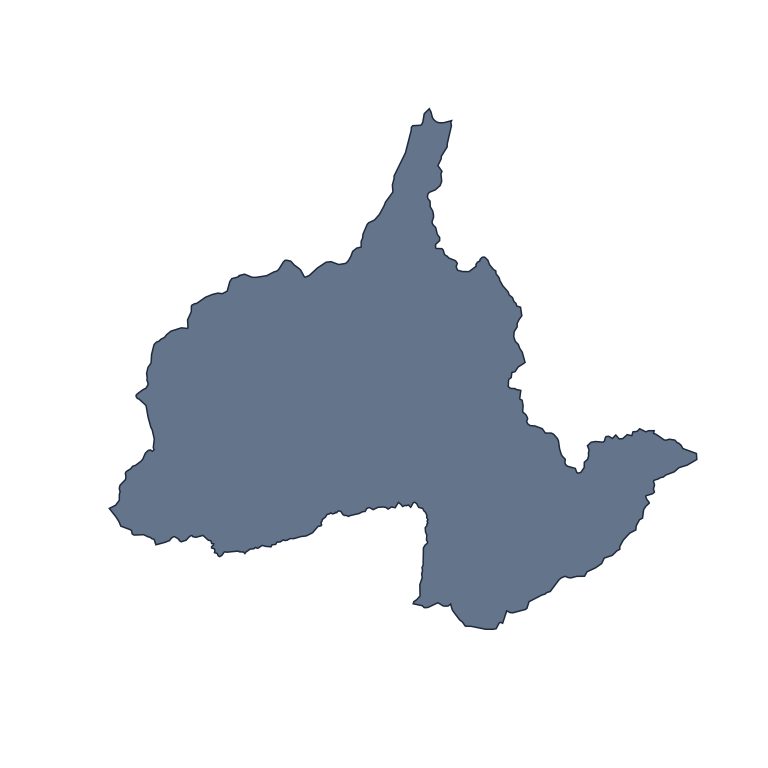 the district of Andes, Antioquia, Colombia, rotated 79°
{"feature_id": "7082276B30380127815857", "entity_name": "Andes", "entity_type": "district", "adm_level": 2, "iso_a3": "COL", "parent_name": "Colombia", "parent_adm1": "Antioquia", "projection": "mercator", "projection_center": [-75.916, 5.629], "detail": "fine", "context": "isolated", "style": "filled", "palette": "slate", "viewbox_px": 768, "rotation_deg": 79, "n_neighbors": 0, "source": "geoboundaries", "source_scale": "gbopen_adm2", "svg_char_len": 6167}
<svg xmlns="http://www.w3.org/2000/svg" viewBox="0 0 768 768"><g transform="rotate(79 384 384)"><path d="M517.8,91.3L511.8,90.6L504.4,102.9L500.8,104.1L498.4,105.9L497.6,107.3L494.5,109.3L492.6,114.6L493.0,117.6L492.4,119.6L485.5,126.3L483.9,128.8L481.4,127.7L480.3,133.1L480.9,136.1L476.7,141.6L478.8,144.5L478.5,148.8L482.0,150.6L480.1,154.9L483.2,160.1L482.7,163.7L478.3,166.2L481.0,170.2L478.2,173.4L478.0,176.0L478.8,176.9L482.1,178.5L482.9,180.1L480.8,187.4L480.7,191.8L483.4,196.1L488.0,195.3L491.1,196.6L493.8,196.9L496.9,198.7L499.0,202.3L504.1,203.4L508.3,207.6L508.6,210.6L507.5,211.7L503.4,212.3L499.7,219.6L497.6,221.2L495.6,221.4L492.5,220.4L488.8,222.8L486.5,223.5L481.1,224.0L473.0,223.6L470.4,224.3L465.8,227.0L464.2,228.9L462.9,235.0L458.0,237.2L454.0,243.8L452.7,248.5L450.4,250.6L447.8,251.1L445.8,249.7L444.2,249.7L441.2,250.6L437.8,253.2L432.0,251.6L426.3,251.5L424.8,253.4L424.0,253.5L416.4,250.9L414.7,255.1L413.5,256.3L412.4,260.7L410.2,262.5L404.3,261.1L403.1,260.3L402.0,257.9L397.1,256.3L396.9,252.9L393.0,249.2L389.8,241.4L379.2,242.2L375.2,243.9L370.8,244.6L367.2,247.0L362.3,247.6L357.4,246.2L353.4,242.4L349.9,241.7L346.5,239.1L343.3,235.7L334.7,235.3L332.8,238.8L330.0,239.1L327.9,240.7L323.7,241.4L320.5,244.1L317.3,244.6L310.2,248.7L304.6,250.5L301.8,250.7L297.1,253.0L294.2,252.7L292.7,254.5L289.0,256.6L286.8,257.7L282.4,258.4L279.2,260.5L278.4,261.7L278.4,263.5L279.9,265.8L281.5,266.5L282.3,269.1L284.2,270.9L286.0,271.1L289.9,279.1L288.6,285.5L286.3,290.1L282.6,290.8L279.6,289.0L277.6,289.8L276.4,290.6L272.8,296.2L270.4,297.8L269.3,299.3L267.7,300.0L263.9,300.3L262.2,301.3L261.0,306.5L260.2,307.4L256.8,306.7L253.9,302.0L250.8,301.4L247.4,303.1L240.3,303.4L237.2,305.4L235.3,306.0L233.5,305.7L229.7,303.5L227.0,303.1L223.4,303.2L218.8,304.8L213.3,303.9L210.3,305.6L208.3,305.6L205.9,304.6L204.5,303.0L203.2,296.5L199.9,291.0L196.1,288.7L188.4,288.0L186.4,286.5L179.9,289.4L173.9,284.9L171.3,284.2L163.4,276.8L159.9,275.9L143.3,268.5L139.9,268.5L138.4,267.4L138.9,275.6L138.1,280.0L136.7,282.5L134.6,284.3L132.0,285.6L125.8,286.0L122.4,287.0L126.3,292.9L134.2,295.9L136.4,297.5L137.0,298.8L135.9,306.5L137.2,308.1L140.2,308.9L161.1,318.8L181.7,334.4L184.3,334.9L190.2,337.8L197.2,338.6L205.7,347.8L209.1,349.9L216.6,356.1L221.2,362.0L222.8,368.3L224.2,370.1L232.7,375.9L237.1,377.4L239.6,379.2L245.2,380.3L245.4,384.9L247.9,389.5L252.3,392.1L255.9,395.2L257.7,397.5L258.3,398.9L258.1,405.6L253.8,412.7L253.4,417.6L257.3,427.0L263.2,436.6L264.1,440.8L263.7,441.7L256.4,444.0L254.4,445.4L250.2,449.3L245.6,452.1L243.8,456.3L243.8,457.7L245.2,459.7L251.4,465.4L252.7,467.7L253.0,470.8L255.3,478.5L254.9,489.2L254.1,493.1L249.6,499.9L249.9,505.4L250.4,505.2L251.2,508.0L251.5,513.3L254.0,515.8L262.9,520.2L264.5,525.5L263.1,529.6L263.3,535.1L264.8,542.8L269.2,552.6L269.0,554.3L269.9,557.4L270.7,558.2L276.3,559.4L283.6,564.6L291.6,565.7L291.8,566.8L290.2,572.2L291.5,583.2L294.1,588.0L296.4,590.6L297.5,594.5L298.9,596.5L299.5,599.4L300.7,601.3L301.8,602.4L310.6,606.5L318.8,608.6L322.8,612.6L328.3,615.0L332.8,615.3L335.0,616.0L338.1,615.5L339.9,615.9L342.7,618.5L343.7,622.0L346.3,627.4L347.3,629.1L348.5,629.8L351.1,628.9L352.1,627.3L359.7,621.7L371.8,621.9L382.3,621.1L384.7,620.3L394.2,620.0L402.3,622.6L404.8,622.3L405.8,624.3L404.2,625.8L404.2,628.1L406.3,631.4L411.7,635.1L413.4,637.2L416.4,643.3L416.8,646.5L418.8,648.7L420.8,653.8L422.2,654.9L426.2,655.1L428.5,656.0L432.8,662.2L434.2,663.1L436.2,663.8L439.5,663.6L441.7,664.8L447.6,666.0L451.8,670.6L453.7,677.4L463.7,672.3L468.6,670.4L473.3,669.5L478.8,660.6L480.0,659.8L483.1,659.8L484.6,658.2L486.1,648.6L489.0,644.8L490.0,642.6L491.5,641.5L492.7,639.3L498.3,638.6L497.7,629.6L496.8,624.4L494.9,622.4L493.7,619.6L494.0,618.6L496.6,615.7L497.7,614.8L498.6,614.9L500.2,613.2L499.6,608.0L496.9,604.5L496.0,602.3L496.2,601.3L497.3,600.9L498.6,598.0L498.1,590.6L503.8,586.3L504.9,583.8L507.7,583.6L508.3,581.7L509.6,582.2L510.8,584.3L512.1,584.5L513.5,581.9L515.2,581.7L517.2,582.6L518.5,580.1L521.1,579.5L522.1,578.3L521.4,576.0L518.3,572.7L519.1,570.5L520.2,559.1L521.1,558.1L522.2,553.9L523.9,552.9L522.7,551.7L520.5,546.9L520.9,543.3L519.9,541.2L521.0,539.9L521.1,538.9L519.2,534.3L520.7,531.4L522.3,526.0L520.5,524.6L520.8,521.0L518.9,519.4L519.2,515.9L517.8,512.6L518.7,511.3L518.9,509.0L517.8,505.7L518.6,502.0L517.9,494.8L518.3,489.3L516.4,482.5L511.2,475.9L511.2,472.9L510.4,472.1L507.9,472.4L507.1,471.2L505.3,470.4L503.6,467.0L501.2,464.9L501.1,462.3L500.4,461.1L501.7,459.2L501.5,456.8L500.8,456.2L501.3,455.0L499.9,453.2L500.6,450.8L504.4,449.2L505.5,447.9L505.9,445.9L507.2,444.2L506.7,442.2L506.4,433.2L505.3,429.4L505.5,426.8L503.1,424.8L502.5,423.1L502.6,421.7L505.3,418.6L503.9,413.3L504.6,408.1L505.7,405.4L507.6,403.9L506.1,400.1L507.6,396.6L503.0,392.5L505.2,390.5L507.8,389.1L507.2,386.5L507.8,385.1L507.3,383.2L510.1,381.3L506.1,377.9L505.9,376.5L507.6,374.8L511.7,373.5L513.6,369.7L516.1,369.1L517.9,367.7L521.1,367.0L523.3,367.6L525.6,366.8L526.8,367.9L528.7,367.5L529.5,368.5L531.2,369.0L533.0,371.0L537.3,371.5L540.3,370.8L545.4,372.1L547.3,371.3L548.5,371.8L550.2,374.7L552.5,376.6L569.4,380.2L571.3,381.7L574.6,381.8L577.6,383.3L581.3,383.4L587.8,387.1L599.0,389.1L602.0,393.1L603.3,396.2L605.3,397.3L609.0,388.6L611.0,387.4L611.5,386.3L611.7,383.3L609.0,372.8L613.1,368.3L613.6,367.0L614.2,363.5L612.7,360.6L618.1,360.2L620.5,359.4L629.9,354.8L632.7,352.4L637.2,350.4L638.6,344.4L644.1,331.2L645.6,323.7L645.6,320.6L640.4,316.4L640.3,314.8L641.5,313.2L630.1,306.8L632.5,303.8L633.2,301.1L632.3,288.2L631.5,286.5L625.4,283.2L621.3,269.5L621.0,266.1L619.8,264.1L619.4,260.4L609.8,249.8L608.2,247.2L607.3,242.9L609.1,240.3L610.0,237.6L609.6,231.5L611.0,223.8L607.1,220.6L604.8,211.4L601.8,204.6L596.9,201.0L595.8,192.6L592.2,187.2L591.3,184.1L588.5,183.5L583.0,179.0L577.3,171.3L575.3,164.6L571.4,163.5L566.0,159.1L565.0,155.8L556.9,153.1L554.0,150.3L551.6,146.4L550.6,146.4L547.6,148.0L544.5,148.6L543.7,148.2L543.0,141.3L541.7,139.2L538.4,139.5L534.7,137.7L531.1,138.0L530.1,137.5L529.5,132.8L528.6,130.3L528.7,127.8L527.1,124.6L525.6,115.8L522.4,110.4L521.5,101.9L517.8,91.3Z" fill="#64748b" stroke="#1e293b" stroke-width="1.5"/></g></svg>